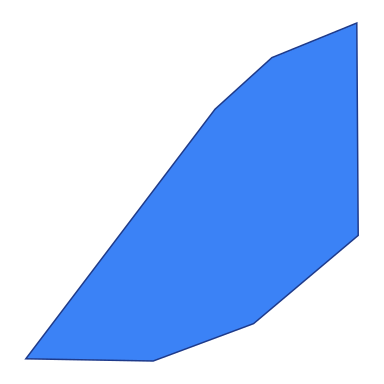 the border of West End
{"feature_id": "AIA-5127", "entity_name": "West End", "entity_type": "District", "adm_level": 1, "iso_a3": "AIA", "parent_name": "Anguilla", "parent_adm1": "", "projection": "natural_earth1", "projection_center": [-63.137, 18.189], "detail": "fine", "context": "isolated", "style": "filled", "palette": "blue", "viewbox_px": 384, "rotation_deg": 0, "n_neighbors": 0, "source": "natural_earth", "source_scale": "10m", "svg_char_len": 225}
<svg xmlns="http://www.w3.org/2000/svg" viewBox="0 0 384 384"><path d="M358.2,235.4L253.6,323.6L153.2,361.0L25.8,358.8L215.1,109.1L271.9,57.6L356.8,23.0L358.2,235.4Z" fill="#3b82f6" stroke="#1e3a8a" stroke-width="1.5"/></svg>